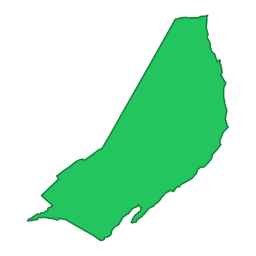 outline of San Pablo del Monte, Tlaxcala, Mexico
{"feature_id": "50627088B8898417046672", "entity_name": "San Pablo del Monte", "entity_type": "district", "adm_level": 2, "iso_a3": "MEX", "parent_name": "Mexico", "parent_adm1": "Tlaxcala", "projection": "albers", "projection_center": [-98.142, 19.161], "detail": "fine", "context": "isolated", "style": "filled", "palette": "green", "viewbox_px": 256, "rotation_deg": 0, "n_neighbors": 0, "source": "geoboundaries", "source_scale": "gbopen_adm2", "svg_char_len": 5796}
<svg xmlns="http://www.w3.org/2000/svg" viewBox="0 0 256 256"><path d="M226.4,122.9L225.9,121.5L225.9,121.0L226.0,120.9L226.0,120.7L225.3,119.7L225.2,119.4L225.2,119.2L225.3,118.6L225.8,117.1L225.7,116.7L225.7,116.3L225.8,114.8L225.9,114.5L226.2,113.9L226.7,111.6L226.7,110.4L226.6,109.5L226.1,107.9L225.5,106.3L224.8,104.5L224.6,103.8L224.6,103.6L224.7,103.1L224.7,102.9L224.5,101.4L224.7,101.2L224.0,99.1L223.8,97.7L223.7,96.8L223.6,96.2L223.7,95.5L223.6,93.5L223.6,92.0L223.7,90.4L223.7,90.0L223.8,88.0L224.0,87.1L224.2,86.6L224.4,86.3L224.5,85.5L224.9,85.2L225.5,84.3L225.4,83.4L225.4,83.0L225.5,82.7L225.7,82.4L224.7,81.3L223.8,80.0L220.8,74.7L221.7,73.8L221.7,73.5L221.6,73.1L221.7,72.8L222.0,72.1L221.7,71.4L221.9,71.3L221.7,69.6L221.5,68.9L221.6,68.6L221.4,67.7L221.2,66.9L220.8,64.8L220.0,63.6L219.5,62.4L220.3,61.3L220.3,61.1L220.0,60.6L219.5,60.0L219.1,60.5L218.6,61.0L217.9,61.5L217.1,61.7L216.8,59.8L216.5,59.2L215.8,58.1L215.0,55.4L214.8,54.5L214.6,54.0L213.8,53.3L212.9,52.8L212.4,52.4L212.1,51.9L211.6,51.3L211.2,50.4L211.1,50.1L211.1,49.5L211.1,48.9L211.0,48.5L210.4,47.7L210.3,47.1L210.2,46.7L210.2,45.4L210.5,44.6L210.5,44.3L210.4,44.0L210.2,43.7L209.8,42.8L209.5,41.6L209.1,40.8L208.6,40.3L208.2,39.4L207.9,38.9L207.3,38.5L207.0,38.1L206.9,37.5L206.8,36.6L207.1,36.1L207.8,35.4L208.0,34.9L208.0,34.4L208.0,34.0L207.7,33.4L206.9,30.1L206.2,26.8L206.3,26.0L206.5,25.1L206.7,22.6L206.8,20.5L206.9,19.7L206.9,19.3L206.8,19.0L206.7,18.5L206.7,17.5L206.8,16.9L207.4,16.0L207.5,15.6L207.5,15.4L205.7,16.1L204.6,16.2L201.2,16.4L200.6,16.5L199.6,17.0L199.1,17.2L198.2,17.7L197.4,17.8L197.0,17.8L196.3,17.7L196.1,17.7L195.8,18.0L195.5,18.0L195.3,17.8L195.3,17.6L194.8,17.5L193.5,17.8L193.0,17.8L192.5,17.8L191.6,17.7L191.3,17.9L190.7,17.8L189.4,18.0L188.4,18.0L187.5,17.6L186.7,17.4L185.9,17.4L184.1,17.5L183.5,17.5L182.0,17.6L181.8,17.7L181.3,17.9L181.0,18.1L180.8,18.3L180.5,18.1L180.1,18.0L179.8,18.2L179.1,18.2L178.7,18.3L177.8,18.9L177.3,18.9L176.9,19.1L175.4,19.2L172.0,25.3L139.6,82.7L122.1,113.3L119.6,117.9L108.5,137.5L106.1,141.4L103.8,145.7L101.9,148.4L100.6,149.3L99.7,149.5L99.4,149.4L92.6,154.5L92.9,155.0L91.2,155.6L90.9,156.0L90.1,156.0L90.1,156.3L84.1,160.5L82.9,159.1L82.6,159.3L81.1,159.5L79.2,160.0L78.5,160.3L76.9,161.1L73.9,163.2L73.2,163.9L73.0,164.2L72.1,164.8L71.7,165.2L71.3,165.3L71.1,165.6L70.6,165.8L70.4,166.1L68.3,167.6L64.6,170.1L61.2,172.7L60.1,173.6L56.7,176.0L57.6,177.2L58.0,178.0L58.7,179.1L41.6,195.3L41.6,195.8L47.1,200.8L51.9,204.8L51.8,205.1L51.7,205.6L52.1,206.2L52.1,206.6L51.3,206.6L50.6,207.2L49.1,207.6L48.4,207.9L48.1,208.2L47.7,208.7L47.8,210.3L47.3,210.7L46.2,211.0L45.6,211.3L44.8,212.2L43.9,212.7L42.6,212.9L41.3,212.9L40.4,213.4L39.8,214.4L37.9,214.0L36.6,214.2L36.4,214.5L36.1,214.9L35.4,215.3L34.8,215.8L34.0,216.2L33.2,216.8L32.3,217.3L31.2,218.2L30.5,218.5L29.8,219.0L28.7,219.0L28.4,219.4L28.3,219.7L27.8,220.7L29.6,220.7L30.8,220.6L31.8,220.6L32.3,220.5L33.1,219.8L33.6,219.8L34.7,220.1L35.2,220.0L36.0,219.6L36.8,219.5L37.3,219.5L37.6,219.3L37.7,219.1L38.1,218.1L38.5,217.4L38.8,217.3L39.1,217.3L39.7,217.5L40.9,217.7L41.9,217.6L42.5,217.4L43.4,217.4L44.4,217.5L44.8,217.4L45.1,217.3L45.6,217.3L46.4,217.8L47.4,217.8L48.4,218.1L48.8,218.3L49.3,218.4L49.9,218.3L50.3,218.3L50.7,218.3L51.5,218.6L52.2,218.4L52.7,218.6L53.9,218.7L54.1,218.8L54.4,219.1L54.8,219.3L55.1,219.4L55.6,219.3L56.0,219.5L56.7,219.9L57.6,220.1L57.9,219.8L58.2,219.2L59.0,218.7L59.4,218.9L59.7,218.9L59.9,218.7L60.4,218.5L60.8,218.6L61.3,218.5L61.8,218.7L62.3,218.9L63.9,219.4L65.0,219.5L66.0,219.8L69.4,221.8L78.6,227.0L79.8,227.7L80.3,228.0L82.6,229.3L83.8,230.0L84.1,230.3L86.5,231.5L94.0,235.8L96.6,237.7L100.7,240.6L101.2,240.4L101.5,240.4L102.5,239.9L103.4,239.9L104.0,239.6L104.2,239.3L104.5,238.0L104.9,237.4L105.6,237.2L106.7,237.1L107.7,236.6L108.2,236.7L109.1,236.2L110.2,235.3L110.8,234.4L111.4,233.7L111.4,232.3L111.8,230.7L112.3,229.7L113.7,227.8L114.6,226.9L116.0,226.0L117.6,225.2L118.3,224.8L119.2,223.9L119.3,223.6L119.6,223.1L119.8,222.3L120.1,221.9L120.4,221.7L120.8,221.0L121.2,220.5L121.5,219.8L121.9,219.4L122.0,218.3L122.2,217.6L123.8,216.6L125.8,215.4L126.3,214.7L127.6,214.0L128.9,213.4L129.1,212.4L129.9,211.9L130.7,210.8L131.6,209.7L132.4,208.7L133.5,208.0L135.6,207.2L137.2,206.4L138.0,204.9L141.6,207.9L140.9,209.0L140.3,211.3L140.0,211.8L139.6,211.9L139.2,211.9L138.8,211.9L138.3,212.9L137.6,213.1L136.8,214.0L136.1,214.5L135.3,215.0L134.8,215.4L134.7,216.0L134.2,216.6L133.5,217.8L132.4,219.7L131.6,221.5L131.3,222.3L132.1,222.9L132.9,222.8L133.6,222.3L135.0,222.4L135.7,222.2L136.4,221.8L136.7,221.2L137.1,219.4L137.9,218.8L138.8,218.9L139.3,218.5L139.7,217.6L140.4,217.2L141.2,217.1L141.9,216.7L142.8,215.3L143.2,214.4L144.1,214.2L144.6,213.9L145.1,213.0L145.6,212.1L146.2,211.7L146.8,211.2L147.1,210.3L149.0,208.6L149.8,207.7L150.8,207.2L152.3,206.8L153.5,206.1L154.1,205.2L154.9,204.1L155.9,203.6L157.7,202.4L158.9,201.1L160.3,199.6L160.6,198.6L163.4,195.5L164.0,194.7L164.8,193.9L165.6,192.9L166.8,192.4L167.5,191.9L168.4,191.7L169.0,191.2L170.2,190.5L171.0,190.4L172.3,191.1L173.3,191.5L174.2,190.4L175.2,189.0L176.3,187.6L178.0,186.6L179.4,186.9L180.1,185.4L181.5,184.2L186.6,181.5L189.9,179.6L191.1,178.8L193.1,177.3L194.1,175.8L195.0,174.7L196.2,174.0L196.8,172.5L197.4,170.0L198.3,168.9L199.3,168.2L200.9,167.2L203.6,167.1L204.4,166.3L205.6,165.5L206.6,164.0L207.6,163.6L209.1,161.5L210.9,159.5L211.9,157.5L212.5,154.6L214.0,153.0L215.5,151.2L217.7,149.0L218.4,147.3L220.3,145.7L220.8,144.7L220.5,144.2L219.8,142.1L220.0,140.6L220.9,138.0L222.0,135.6L221.8,134.7L223.1,132.8L224.8,130.3L226.0,129.3L226.8,128.8L227.7,127.4L227.8,127.1L228.2,126.8L227.4,126.0L227.1,125.6L226.7,125.3L226.8,124.9L226.7,124.3L226.7,123.9L226.8,123.8L226.7,123.5L226.4,122.9Z" fill="#22c55e" stroke="#15803d" stroke-width="1.5"/></svg>